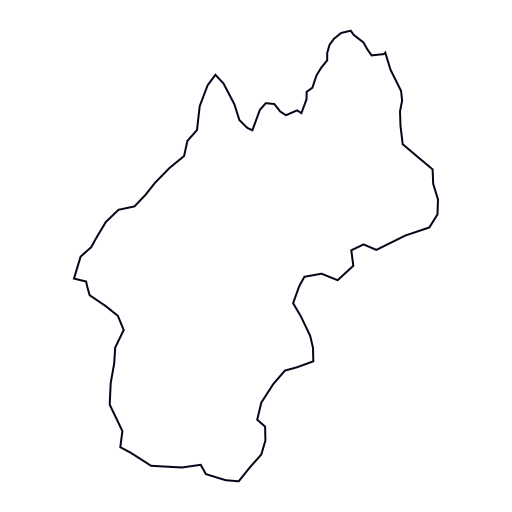 Kato Akourdaleia, Paphos, Cyprus
{"feature_id": "46923920B67366581687335", "entity_name": "Kato Akourdaleia", "entity_type": "district", "adm_level": 2, "iso_a3": "CYP", "parent_name": "Cyprus", "parent_adm1": "Paphos", "projection": "albers", "projection_center": [32.457, 34.959], "detail": "fine", "context": "isolated", "style": "outline", "palette": "ink", "viewbox_px": 512, "rotation_deg": 0, "n_neighbors": 0, "source": "geoboundaries", "source_scale": "gbopen_adm2", "svg_char_len": 1346}
<svg xmlns="http://www.w3.org/2000/svg" viewBox="0 0 512 512"><path d="M265.8,103.2L259.9,109.8L252.4,130.3L247.3,127.9L239.4,120.1L234.3,104.1L223.5,83.5L215.4,74.8L207.6,85.3L199.7,106.2L197.0,130.0L187.4,140.9L184.1,156.0L169.7,167.8L155.2,182.6L145.6,194.7L134.5,206.4L118.5,209.8L105.9,221.9L96.3,237.9L91.2,247.2L80.6,256.6L74.0,278.6L86.1,281.5L87.4,287.4L89.7,295.3L105.6,306.0L117.9,315.9L123.7,330.0L115.2,347.6L114.2,363.4L110.7,383.0L109.7,404.6L122.4,431.1L120.3,447.2L130.6,452.7L151.1,465.8L181.9,467.5L200.7,464.8L205.9,474.1L216.8,477.5L225.7,480.2L238.7,481.3L245.5,472.8L250.0,467.2L261.3,454.5L265.2,441.2L265.4,440.7L265.1,426.6L257.2,419.7L261.3,402.6L273.3,384.0L284.9,370.6L297.2,367.2L313.3,361.3L313.0,347.9L310.2,335.9L301.0,316.6L293.1,303.2L299.3,286.0L304.4,276.8L321.5,273.7L337.6,280.2L353.3,265.8L351.3,250.3L363.6,244.4L376.3,249.9L405.4,235.5L429.4,227.4L437.4,214.5L437.5,213.8L438.0,199.5L433.2,183.9L432.6,169.4L416.6,156.0L402.7,144.2L400.5,125.9L400.0,111.4L402.1,100.7L401.1,91.0L390.4,69.5L385.3,52.6L383.9,54.1L371.6,55.4L367.3,49.3L363.4,42.4L353.9,35.1L350.7,30.7L341.1,33.0L334.0,38.7L329.5,44.9L327.2,52.9L327.2,60.3L321.0,68.0L316.5,75.4L312.4,87.7L306.7,91.8L306.5,99.4L301.4,113.1L297.1,110.4L285.9,115.2L280.2,111.5L274.3,104.0L265.8,103.2Z" fill="none" stroke="#020617" stroke-width="2"/></svg>